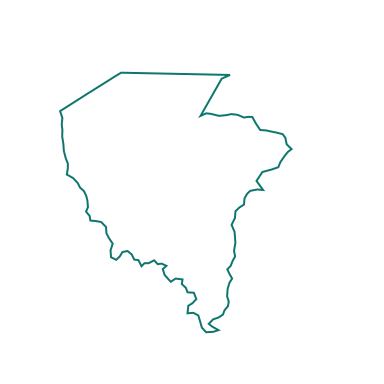 Feira Nova, Sergipe, Brazil (Robinson projection), rotated 337°
{"feature_id": "56859067B67652621374936", "entity_name": "Feira Nova", "entity_type": "district", "adm_level": 2, "iso_a3": "BRA", "parent_name": "Brazil", "parent_adm1": "Sergipe", "projection": "robinson", "projection_center": [-37.332, -10.298], "detail": "fine", "context": "isolated", "style": "outline", "palette": "teal", "viewbox_px": 384, "rotation_deg": 337, "n_neighbors": 0, "source": "geoboundaries", "source_scale": "gbopen_adm2", "svg_char_len": 1650}
<svg xmlns="http://www.w3.org/2000/svg" viewBox="0 0 384 384"><g transform="rotate(337 192 192)"><path d="M272.7,99.1L173.4,54.5L167.6,55.3L133.3,60.8L102.2,66.0L101.6,73.2L98.4,79.1L97.0,84.1L94.2,90.2L92.3,97.7L90.1,104.0L89.0,111.5L88.8,117.4L86.9,121.8L83.6,127.0L88.0,132.7L90.3,139.1L90.7,144.3L92.9,149.0L93.1,154.5L92.4,158.9L90.3,165.3L86.8,168.7L88.4,174.0L87.3,178.6L92.0,181.1L96.6,184.1L99.2,190.6L97.1,196.6L97.5,201.8L98.8,208.6L94.2,213.9L92.0,220.4L95.7,224.8L100.3,223.1L104.5,220.1L109.6,221.1L112.1,225.9L112.4,231.6L116.1,233.8L116.5,240.6L120.4,239.0L124.3,240.6L130.5,240.1L132.2,245.0L136.1,246.1L139.6,250.0L135.0,251.5L134.4,257.7L135.9,262.1L137.4,266.3L143.1,265.3L149.1,268.8L146.7,272.7L148.9,277.9L148.7,282.6L154.4,285.5L154.1,292.3L149.1,294.5L144.1,295.3L140.5,301.9L146.1,303.8L149.6,308.1L148.9,314.2L148.1,320.7L150.2,326.6L156.9,329.0L162.4,329.5L158.1,323.9L155.9,319.9L161.6,317.5L167.6,317.9L172.6,316.9L175.8,313.5L180.4,311.2L183.0,307.3L183.5,301.9L186.9,295.2L191.1,290.1L195.1,287.4L194.5,281.9L194.3,277.0L198.6,275.2L202.6,271.2L206.5,268.1L207.7,262.6L212.1,255.7L213.7,251.0L215.6,245.3L215.6,237.7L221.4,232.7L224.5,226.7L229.5,224.8L234.9,223.9L237.8,218.5L242.0,215.2L246.0,213.7L253.1,215.2L258.2,217.9L255.7,207.0L264.6,201.1L274.0,202.4L281.1,202.9L285.3,198.8L291.6,194.9L295.5,192.7L300.4,191.4L297.8,185.1L299.1,178.6L298.1,174.2L293.1,170.4L289.1,167.7L284.0,164.1L279.0,161.6L277.6,154.0L276.8,146.5L272.9,144.7L269.0,143.8L264.0,138.7L258.7,135.7L253.8,134.7L246.7,132.5L239.7,127.3L235.7,125.1L229.6,125.3L263.6,99.3L272.7,99.1Z" fill="none" stroke="#0f766e" stroke-width="2"/></g></svg>